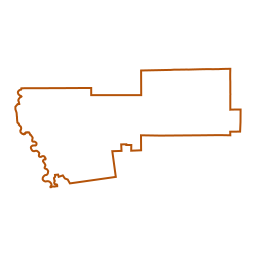 Cervenia, Teleorman, Romania (Albers equal-area conic projection)
{"feature_id": "2599482B58778725619949", "entity_name": "Cervenia", "entity_type": "district", "adm_level": 2, "iso_a3": "ROU", "parent_name": "Romania", "parent_adm1": "Teleorman", "projection": "albers", "projection_center": [25.475, 43.834], "detail": "fine", "context": "isolated", "style": "outline", "palette": "amber", "viewbox_px": 256, "rotation_deg": 0, "n_neighbors": 0, "source": "geoboundaries", "source_scale": "gbopen_adm2", "svg_char_len": 5087}
<svg xmlns="http://www.w3.org/2000/svg" viewBox="0 0 256 256"><path d="M240.6,109.5L239.6,109.5L230.9,109.6L230.3,109.7L230.3,108.0L230.3,104.3L230.3,102.3L230.3,99.4L230.3,95.1L230.4,94.6L230.3,92.7L230.3,81.4L230.2,79.1L230.2,76.1L230.2,73.9L230.3,68.8L224.8,68.9L220.8,69.0L219.0,69.1L218.6,69.1L212.4,69.2L212.1,69.2L211.7,69.2L211.2,69.1L209.5,69.1L203.2,69.2L198.7,69.3L188.2,69.6L186.4,69.5L184.6,69.6L183.2,69.6L181.7,69.6L177.5,69.7L173.7,69.7L171.0,69.9L141.1,70.5L141.2,95.1L111.7,95.1L91.2,95.1L91.2,88.0L88.4,88.0L83.9,88.0L65.6,88.1L40.1,88.2L30.3,88.2L24.9,88.2L22.0,88.3L21.4,88.3L21.3,88.9L21.3,89.2L21.2,89.5L20.8,89.5L20.7,89.6L19.7,90.0L19.4,90.1L19.2,90.3L19.0,90.6L18.2,91.3L18.0,91.7L17.9,92.2L17.9,92.8L18.1,93.3L18.2,93.7L18.3,94.0L18.5,94.3L18.7,94.5L19.1,94.9L19.6,95.3L20.0,95.6L20.3,95.7L20.6,95.8L20.9,95.9L21.5,96.5L21.4,96.7L21.3,96.8L21.1,96.8L20.2,97.2L20.1,97.3L19.9,97.6L19.6,97.9L19.3,98.3L19.1,98.5L18.9,98.7L18.8,99.1L18.5,99.5L18.4,99.8L18.4,100.1L18.3,100.4L18.4,100.6L18.5,100.9L18.5,101.2L18.8,101.8L18.9,102.1L18.9,102.4L19.0,102.9L19.1,103.3L19.3,103.9L19.3,104.0L19.2,104.0L18.7,104.1L18.2,104.0L17.8,104.3L17.5,104.2L17.4,104.3L17.1,104.8L16.8,105.1L16.3,105.7L15.7,106.4L15.5,106.7L15.4,106.8L15.4,107.0L15.4,107.3L15.4,108.7L15.4,109.2L15.6,109.9L16.0,111.0L16.3,111.9L16.4,112.2L16.6,112.9L16.7,114.2L16.8,115.2L16.8,115.7L16.8,116.1L17.0,116.8L17.0,117.5L17.0,118.2L17.0,118.5L17.1,119.2L17.1,120.1L17.2,120.6L17.3,121.4L17.4,121.9L17.4,122.5L17.7,122.9L18.2,123.1L18.5,123.3L18.8,123.5L18.9,124.0L18.9,124.3L18.8,124.7L18.8,124.8L19.0,124.9L19.1,125.0L19.3,125.0L19.5,125.5L19.7,125.8L20.1,126.1L20.5,126.4L20.7,126.5L20.8,126.7L21.0,127.3L21.1,127.8L21.2,128.0L21.2,128.3L21.1,128.9L21.0,129.2L21.0,129.6L20.9,129.8L20.8,130.0L20.4,130.3L20.4,130.5L20.3,130.9L20.3,131.0L20.5,131.7L20.6,132.3L20.8,132.6L21.0,132.7L21.4,133.0L21.7,133.3L21.9,133.5L22.1,133.7L22.4,133.9L22.6,134.0L22.8,134.0L23.1,133.9L23.3,133.9L23.4,134.1L23.5,134.2L23.6,134.3L23.8,134.3L24.2,134.2L24.4,134.2L24.7,134.0L24.9,134.0L25.0,133.9L25.2,133.6L25.3,133.5L25.3,133.3L25.2,133.1L25.3,133.0L25.3,132.8L25.5,132.7L25.8,132.4L26.1,132.3L26.5,132.5L26.8,132.4L26.9,132.5L27.0,132.6L27.4,132.5L27.5,132.4L27.8,132.2L28.0,132.2L28.5,132.4L28.6,132.5L28.8,132.5L28.9,132.4L29.0,132.4L29.2,132.5L29.4,132.9L29.5,133.3L29.6,133.5L29.9,133.9L30.0,134.0L30.0,134.4L30.1,134.7L30.2,134.8L30.4,134.8L30.8,134.9L31.2,135.5L31.5,136.0L32.2,136.9L32.5,137.4L32.6,137.6L32.6,137.9L32.6,138.2L32.5,138.6L32.2,139.9L32.2,140.3L32.2,140.8L32.3,141.2L32.6,141.5L33.0,141.6L33.3,141.7L33.9,141.6L34.4,141.6L34.7,141.7L35.1,141.9L35.6,142.2L36.0,142.5L36.3,142.8L36.5,143.2L36.5,143.7L36.5,144.2L36.4,144.6L36.2,145.0L35.9,145.3L35.7,145.4L35.3,145.5L35.0,145.5L34.4,145.4L33.8,145.5L32.6,145.5L32.3,145.8L31.7,146.1L31.2,146.6L31.0,146.9L30.9,147.3L30.9,147.7L31.0,148.4L31.3,149.0L31.7,149.8L32.3,150.6L32.7,150.9L33.0,151.0L33.4,151.1L34.0,151.2L34.6,151.1L35.2,150.9L35.7,150.8L36.2,150.8L36.6,150.8L37.1,151.0L37.7,151.4L38.8,152.4L39.1,152.8L39.2,153.1L39.3,153.3L39.3,153.6L39.1,154.0L38.9,155.2L38.9,155.7L39.0,156.1L39.1,156.4L39.3,156.5L39.6,156.7L39.9,156.9L40.6,156.9L41.2,156.8L41.4,156.7L42.0,156.3L42.3,156.2L42.8,156.1L43.3,156.1L43.7,156.2L44.2,156.4L44.5,156.6L44.7,156.9L44.9,157.4L45.0,157.7L45.5,158.2L45.6,158.5L45.6,159.0L45.4,159.4L45.2,159.4L44.6,159.4L44.0,159.6L43.7,159.8L43.3,160.2L43.1,160.6L43.0,160.9L43.0,161.3L43.1,161.5L43.3,161.7L43.6,162.2L44.4,163.2L45.0,164.2L45.3,164.8L45.4,165.1L45.4,165.3L45.2,166.0L44.9,166.8L44.7,167.3L44.6,167.6L44.6,167.8L44.6,168.0L44.8,168.3L45.2,168.6L46.0,168.9L46.8,169.2L47.2,169.5L47.4,169.8L47.9,170.7L48.0,170.9L48.2,171.1L48.2,171.3L48.1,171.7L48.0,172.5L47.9,173.0L47.8,173.4L47.5,173.9L47.3,174.3L46.8,174.7L46.6,174.9L46.0,175.0L45.4,175.1L45.0,175.2L44.8,175.3L44.1,175.9L43.7,176.3L43.3,176.8L43.0,177.3L42.8,177.8L42.7,178.4L42.7,179.1L42.7,179.4L42.9,179.7L43.1,180.1L43.6,180.6L44.0,180.9L44.6,181.2L45.0,181.4L45.5,181.5L46.1,181.4L46.5,181.3L47.3,181.2L48.0,181.2L48.5,181.3L49.0,181.5L49.5,181.7L50.1,182.2L50.7,182.9L51.1,183.4L51.3,183.9L51.5,184.3L51.5,184.7L51.4,185.1L51.3,185.4L51.2,185.6L50.6,186.4L50.4,186.7L50.4,186.9L50.5,187.2L51.1,187.2L51.4,187.0L51.9,186.7L53.0,186.5L53.7,186.5L54.7,186.6L55.8,186.3L56.2,186.3L56.6,186.2L56.9,186.2L57.2,186.2L57.2,185.3L57.1,184.8L57.0,184.6L56.8,184.5L55.0,184.1L54.7,184.1L54.5,183.7L54.3,183.2L54.2,182.9L54.2,182.6L54.2,182.3L54.3,182.1L54.5,181.7L54.7,181.3L54.7,180.9L54.7,180.6L54.3,180.1L54.3,179.9L54.3,179.6L54.2,179.3L54.1,179.0L54.0,178.7L54.1,178.3L54.1,178.1L54.1,177.8L54.2,177.7L54.5,177.4L54.9,177.1L55.0,176.9L55.1,176.4L55.1,175.7L55.0,174.9L58.1,174.6L58.7,176.8L62.3,175.6L62.8,175.4L64.8,178.4L65.1,178.6L66.8,179.2L67.7,179.5L68.6,181.1L69.9,183.4L115.8,176.9L112.3,151.2L121.5,150.9L121.2,144.4L126.3,144.3L126.3,145.0L131.3,145.0L131.2,150.7L141.1,150.3L141.0,135.3L160.3,135.6L200.7,135.3L220.0,135.1L230.3,135.3L230.2,131.7L240.1,131.6L240.5,122.1L240.6,109.5Z" fill="none" stroke="#b45309" stroke-width="2"/></svg>